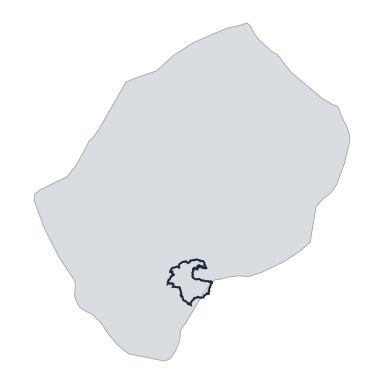 Mphaki, Quthing, Lesotho (highlighted)
{"feature_id": "5366337B73026559585968", "entity_name": "Mphaki", "entity_type": "district", "adm_level": 2, "iso_a3": "LSO", "parent_name": "Lesotho", "parent_adm1": "Quthing", "projection": "natural_earth1", "projection_center": [28.183, -30.161], "detail": "fine", "context": "in_parent", "style": "outline", "palette": "slate", "viewbox_px": 384, "rotation_deg": 0, "n_neighbors": 0, "source": "geoboundaries", "source_scale": "gbopen_adm2", "svg_char_len": 6665}
<svg xmlns="http://www.w3.org/2000/svg" viewBox="0 0 384 384"><path d="M261.3,272.4L249.2,276.4L247.5,276.7L239.8,275.8L229.4,276.8L221.2,279.0L214.9,279.8L204.6,291.5L185.8,322.8L180.8,329.4L179.4,341.7L175.1,351.5L169.8,359.1L164.6,361.0L148.9,357.9L128.9,354.0L117.3,344.6L106.9,332.1L101.4,323.1L95.7,318.1L93.8,315.3L85.6,311.1L82.5,309.0L79.8,307.4L76.5,301.4L74.6,296.2L75.3,281.6L69.5,273.0L59.7,258.1L53.4,246.0L44.9,229.4L39.6,215.2L34.2,200.5L34.9,194.2L40.0,189.9L55.1,182.5L66.9,176.8L75.3,166.3L84.4,150.7L88.9,141.3L93.3,137.0L98.2,130.4L106.7,115.7L116.1,99.3L126.3,81.8L139.1,76.7L156.6,70.9L173.4,55.6L193.5,42.6L225.8,28.6L240.9,25.1L246.7,23.0L250.3,25.7L254.1,33.7L259.6,40.4L272.4,52.1L277.8,54.9L290.9,72.2L305.0,84.0L321.2,97.7L332.2,104.5L337.8,106.4L342.5,118.5L347.2,127.5L349.8,135.9L349.2,144.1L344.1,164.1L336.6,184.6L330.6,193.1L323.2,198.5L316.1,206.6L313.3,223.0L310.1,242.4L300.7,250.3L293.5,255.5L283.5,261.9L261.3,272.4Z" fill="#d9dde1" stroke="#a8b0b8" stroke-width="1"/><path d="M190.8,304.8L190.7,304.3L189.9,303.4L190.1,303.1L190.5,302.8L190.9,302.7L191.4,301.9L191.6,301.5L191.6,301.3L192.1,300.9L192.3,300.4L192.8,300.2L193.1,299.8L193.5,299.6L193.9,299.3L193.8,298.6L193.9,298.2L194.7,298.1L195.1,297.8L195.3,297.9L195.6,297.9L196.2,297.9L196.5,297.7L197.1,297.6L197.3,297.5L197.3,297.2L197.5,297.0L197.7,296.8L198.3,296.9L198.6,297.1L198.8,297.4L199.0,297.5L200.3,297.4L200.8,297.8L201.4,297.7L201.7,297.5L202.1,297.4L202.6,297.5L203.0,297.6L203.3,297.4L204.0,296.7L204.1,295.7L204.3,295.2L205.1,295.1L205.4,294.7L205.9,294.6L206.4,294.0L206.6,293.5L207.0,293.9L207.7,294.0L207.9,294.1L208.4,293.8L208.6,293.8L208.9,293.7L208.9,293.0L208.4,292.5L208.4,292.2L208.6,292.0L208.6,291.7L208.8,291.4L209.1,291.2L208.7,290.9L208.6,290.4L208.8,290.2L209.0,290.1L209.1,289.8L209.2,289.5L209.2,288.7L209.3,288.4L209.7,287.8L210.2,287.2L210.0,286.7L210.4,285.9L210.4,285.6L210.6,284.8L211.1,283.9L211.2,283.3L211.8,283.3L211.9,282.9L211.9,282.3L211.8,281.9L211.5,281.5L211.2,281.4L210.4,281.4L210.0,281.4L209.8,281.8L209.6,282.0L209.4,282.1L208.5,281.6L208.1,281.1L207.7,281.0L207.2,281.1L205.7,281.2L205.3,281.3L205.0,281.1L204.5,281.0L204.2,280.7L203.7,280.4L203.0,280.4L202.3,280.8L202.0,280.8L201.5,280.1L200.7,280.1L200.6,279.9L200.1,279.6L199.6,279.1L199.2,279.0L198.3,279.0L198.0,279.1L197.4,279.0L197.0,279.4L196.7,279.4L195.0,279.2L194.4,278.6L193.9,278.3L193.7,278.0L193.4,278.0L193.1,277.7L193.0,277.4L193.0,277.1L192.3,276.4L192.3,276.2L192.6,275.8L192.7,275.2L192.7,274.9L192.9,274.7L192.8,273.9L192.4,273.6L192.3,273.3L192.3,273.2L192.6,272.2L193.2,271.7L193.0,269.9L193.2,269.7L193.0,269.4L193.0,269.0L193.1,268.8L193.6,268.5L194.2,267.9L194.3,267.9L194.5,267.7L194.7,267.9L194.6,268.1L194.7,268.5L194.7,268.8L195.4,268.0L195.5,267.5L195.6,268.2L196.1,268.6L196.3,269.1L196.4,269.3L196.5,269.3L196.4,269.1L196.5,269.0L196.9,269.1L196.5,268.4L196.4,268.2L196.6,268.1L197.0,268.3L197.4,268.5L197.5,268.5L197.6,268.4L197.5,268.1L197.2,267.6L197.1,267.4L197.2,267.1L197.7,267.1L197.8,266.9L197.6,266.5L197.5,266.1L197.8,266.0L198.0,266.1L198.1,266.3L198.4,267.2L198.5,267.3L198.8,267.3L198.8,267.1L198.5,267.0L198.5,266.8L198.6,266.5L198.8,266.4L198.9,266.5L199.1,266.4L199.0,266.1L198.9,266.0L198.8,265.9L198.7,265.8L198.7,265.5L198.8,265.2L199.1,265.2L199.4,265.3L199.6,266.3L199.6,266.5L200.1,266.6L200.6,266.2L201.0,266.8L201.1,267.1L201.4,267.5L201.7,267.4L201.8,267.2L202.0,266.7L202.0,266.4L202.2,266.2L202.4,266.4L202.4,266.7L202.6,266.9L202.9,267.1L203.1,267.6L202.9,267.8L203.2,268.1L203.8,268.2L204.0,268.1L203.9,267.8L204.0,267.6L204.6,267.7L205.0,268.1L205.3,268.1L205.4,268.3L206.0,268.1L205.8,267.9L205.7,267.9L205.8,267.8L206.0,267.8L206.1,267.7L205.7,267.3L205.3,266.3L204.8,265.7L205.1,265.2L204.6,264.6L204.5,264.3L204.3,264.1L204.4,262.7L203.9,262.3L203.6,261.9L203.3,261.6L203.2,261.4L203.1,261.1L202.4,260.9L202.2,261.0L201.7,261.2L200.5,261.1L199.4,260.7L199.3,260.4L199.4,260.1L198.9,260.1L197.3,259.5L196.3,259.4L196.0,259.5L195.8,259.9L195.5,260.1L194.5,260.1L193.9,259.8L193.5,259.8L193.1,260.1L192.0,260.5L191.7,260.5L190.9,260.4L190.4,260.4L190.2,260.6L190.2,261.3L189.7,262.2L189.5,262.4L189.0,262.5L188.2,262.9L187.7,263.1L187.2,262.3L186.9,262.1L185.8,261.2L185.5,261.1L185.0,261.6L184.5,261.9L184.2,262.0L183.9,262.0L183.1,261.8L182.4,261.9L182.2,262.0L182.0,262.4L181.6,262.7L181.0,263.1L180.6,263.3L180.2,263.5L179.8,263.7L179.5,264.0L178.9,265.6L178.9,266.1L179.3,266.8L179.4,267.2L179.3,267.6L178.9,267.7L178.5,267.5L178.4,267.4L178.3,266.9L177.9,266.7L177.1,266.6L176.4,266.8L175.2,267.4L174.8,267.3L174.1,267.6L172.6,267.8L172.2,268.0L171.9,268.2L171.6,268.8L170.9,270.1L170.7,270.3L170.4,270.7L170.4,271.0L170.2,271.4L170.2,272.0L170.7,271.8L170.9,271.6L171.1,271.0L171.1,271.6L171.5,271.5L171.7,272.1L171.9,272.1L172.2,271.7L172.4,271.7L172.4,271.8L172.3,272.0L172.4,272.3L172.4,272.8L172.5,273.1L172.5,273.3L172.3,273.4L172.0,273.4L172.0,273.5L172.6,273.9L172.6,274.2L172.7,274.3L173.6,274.3L173.8,274.4L173.9,274.5L173.7,274.8L173.7,275.0L173.4,275.2L173.1,275.3L172.8,275.3L172.7,275.4L172.5,275.5L172.1,275.9L171.9,276.2L171.7,276.3L171.4,276.2L171.3,276.5L171.1,276.6L170.9,276.7L170.8,276.9L170.8,277.0L170.5,277.3L170.6,277.5L170.3,277.8L170.0,278.8L169.9,279.1L169.6,279.1L169.3,279.4L169.2,279.7L169.2,279.8L169.0,280.0L168.8,280.2L168.6,280.1L168.5,280.3L168.4,280.3L168.2,281.0L168.2,281.6L168.1,281.9L168.2,282.0L167.7,282.2L167.7,282.4L167.9,282.8L167.8,283.7L168.0,283.5L168.3,283.6L168.7,283.4L169.1,283.4L169.5,283.6L170.2,283.3L170.7,283.4L171.1,283.3L171.3,283.4L171.5,283.9L171.8,283.7L172.1,283.4L172.4,283.3L172.6,283.4L173.2,283.9L173.5,284.3L173.4,284.6L173.5,285.2L173.4,285.4L173.2,285.8L173.0,286.5L172.9,286.7L172.8,286.9L173.0,286.9L173.4,286.8L174.2,286.7L174.5,286.8L174.8,287.0L175.4,286.9L176.2,287.1L177.1,287.1L177.5,287.3L177.8,287.5L178.2,287.3L178.5,287.4L179.1,287.1L179.6,287.4L179.6,287.6L179.7,287.8L179.9,287.9L180.0,288.3L180.1,288.5L180.1,288.8L180.2,289.3L180.1,289.8L180.2,290.2L180.4,290.4L180.6,290.6L180.8,290.9L180.8,291.9L181.2,292.8L181.2,293.0L181.3,293.1L181.3,293.9L181.2,293.8L180.9,294.0L181.1,294.3L181.1,294.7L181.2,295.1L180.8,295.3L181.1,295.7L181.1,295.9L181.3,296.0L181.4,295.9L181.6,295.7L181.7,296.1L181.6,296.3L181.8,296.3L181.9,296.5L182.2,296.4L182.5,296.6L182.6,296.8L182.6,297.1L182.6,297.6L182.7,298.0L182.7,298.7L183.0,299.2L183.4,300.4L183.9,300.5L184.3,300.7L184.5,300.7L184.7,300.9L185.1,300.9L185.3,301.2L186.0,301.5L186.8,302.2L187.3,302.8L187.8,302.8L188.0,303.0L188.1,303.4L187.9,303.6L187.9,303.8L188.4,304.3L189.1,304.4L189.6,304.1L190.8,304.8Z" fill="none" stroke="#1e293b" stroke-width="2"/></svg>